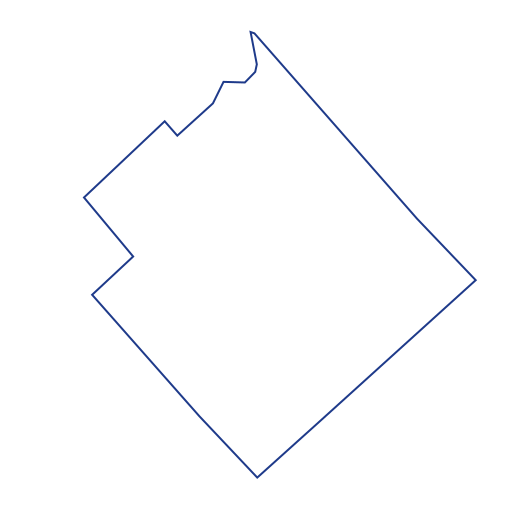 outline of Clay, Illinois, United States of America, rotated 227°
{"feature_id": "52423323B31422881251864", "entity_name": "Clay", "entity_type": "district", "adm_level": 2, "iso_a3": "USA", "parent_name": "United States of America", "parent_adm1": "Illinois", "projection": "albers", "projection_center": [-88.411, 38.757], "detail": "fine", "context": "isolated", "style": "outline", "palette": "blue", "viewbox_px": 512, "rotation_deg": 227, "n_neighbors": 0, "source": "geoboundaries", "source_scale": "gbopen_adm2", "svg_char_len": 378}
<svg xmlns="http://www.w3.org/2000/svg" viewBox="0 0 512 512"><g transform="rotate(227 256 256)"><path d="M93.1,105.8L91.6,190.1L88.5,400.2L173.4,399.2L419.9,406.7L423.5,404.8L395.6,387.3L391.2,381.0L390.5,366.2L405.5,351.0L397.0,328.6L397.7,280.5L416.8,281.1L416.1,170.1L339.4,165.8L339.4,109.7L177.3,105.3L93.1,105.8Z" fill="none" stroke="#1e3a8a" stroke-width="2"/></g></svg>